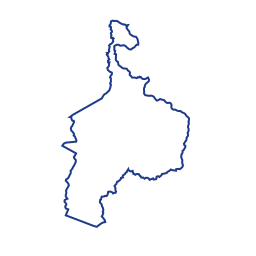 Itaberaí, Goiás, Brazil (Mercator projection), rotated 191°
{"feature_id": "56859067B7419622155547", "entity_name": "Itaberaí", "entity_type": "district", "adm_level": 2, "iso_a3": "BRA", "parent_name": "Brazil", "parent_adm1": "Goiás", "projection": "mercator", "projection_center": [-49.83, -16.116], "detail": "fine", "context": "isolated", "style": "outline", "palette": "blue", "viewbox_px": 256, "rotation_deg": 191, "n_neighbors": 0, "source": "geoboundaries", "source_scale": "gbopen_adm2", "svg_char_len": 4930}
<svg xmlns="http://www.w3.org/2000/svg" viewBox="0 0 256 256"><g transform="rotate(191 128 128)"><path d="M118.3,175.5L117.3,176.9L116.5,177.9L116.7,179.6L118.0,181.4L119.8,179.8L121.0,179.2L122.9,179.0L124.2,179.5L125.0,180.4L126.3,180.6L126.9,179.6L128.0,179.8L129.0,178.6L130.6,178.8L133.6,178.3L135.1,179.7L136.0,180.0L136.6,180.8L136.5,182.5L137.3,183.6L139.2,184.5L140.5,185.9L142.5,185.8L144.4,185.6L149.4,188.1L149.9,189.5L150.5,191.0L151.7,191.4L153.0,192.6L153.5,196.0L153.8,198.1L155.2,198.1L155.4,199.8L155.3,201.3L156.3,201.8L156.7,204.1L157.1,205.7L156.0,206.8L154.6,207.7L153.0,207.9L151.4,207.3L149.4,207.9L147.7,208.5L145.9,207.9L144.2,206.7L141.8,205.5L139.9,205.7L138.6,207.3L137.2,208.4L135.4,211.4L133.9,211.7L134.0,213.2L135.5,216.9L137.4,219.0L140.2,219.0L143.6,220.3L144.4,221.1L145.2,223.0L147.1,224.5L148.4,225.8L148.6,226.8L148.1,227.9L147.7,229.0L149.7,228.3L150.9,229.0L152.5,228.7L154.7,229.2L156.7,229.9L158.6,230.8L160.2,230.9L162.2,230.3L163.5,230.5L165.1,229.4L164.9,228.1L165.0,226.6L165.8,224.9L165.4,224.0L164.2,224.1L163.6,222.9L163.8,221.4L162.4,220.4L162.1,219.2L162.8,218.2L162.7,217.1L161.9,215.8L162.1,214.4L161.7,213.2L160.1,213.6L159.2,213.2L159.8,211.8L159.0,210.3L159.5,209.0L160.2,207.9L160.9,207.1L161.8,206.5L162.3,205.2L161.5,204.4L161.6,201.5L161.6,200.6L161.0,199.7L161.8,198.1L162.9,197.6L162.0,197.0L162.8,196.0L162.1,195.2L161.1,194.5L160.4,192.8L159.4,191.8L160.5,190.3L160.1,188.7L158.7,188.9L158.9,187.2L158.5,186.1L158.7,185.0L159.8,182.9L159.1,181.7L158.6,181.0L157.4,180.3L156.7,179.8L155.6,179.6L154.4,179.3L154.1,177.5L155.0,175.8L155.3,174.2L154.3,173.6L154.0,171.9L153.6,170.1L154.1,168.3L153.0,167.3L153.1,165.8L153.1,164.3L153.5,161.4L154.7,159.8L155.7,158.2L157.8,156.3L158.7,154.2L159.4,152.0L169.7,143.2L184.2,130.8L185.1,129.9L187.0,127.8L185.7,128.0L185.5,126.7L184.9,125.7L184.3,124.8L183.5,124.5L182.6,124.7L182.1,123.5L183.2,119.2L183.8,118.4L184.0,116.7L183.7,115.7L183.1,114.6L182.1,114.0L181.0,113.1L179.8,111.8L179.9,110.2L178.6,109.7L177.7,108.1L177.0,107.3L176.3,106.0L176.3,104.7L186.4,101.7L188.1,100.3L189.1,98.0L174.1,93.2L174.8,90.8L175.6,89.2L174.9,87.9L173.3,86.8L172.9,85.7L172.9,84.1L173.5,82.0L174.0,80.3L174.4,79.4L175.0,77.2L176.2,74.9L175.7,73.8L175.7,72.2L176.3,70.6L176.7,68.8L177.5,66.9L179.0,65.6L179.0,64.4L177.2,63.1L176.1,62.1L175.1,60.4L175.9,58.0L176.6,56.0L176.8,54.5L176.1,52.4L176.3,50.7L176.1,49.1L175.1,48.1L174.0,47.0L175.6,45.9L176.4,45.1L176.3,43.6L175.4,42.9L174.0,41.5L174.0,40.5L174.6,39.5L174.6,38.6L173.7,37.2L171.1,36.7L172.4,30.4L157.3,27.8L147.0,26.0L144.7,25.6L142.0,25.2L139.7,25.1L138.4,26.7L136.8,28.4L135.2,30.0L133.9,30.7L132.4,31.3L133.1,32.8L133.9,33.8L134.8,34.5L135.6,35.3L136.9,36.2L136.3,37.9L136.0,39.9L136.8,40.8L136.5,42.6L137.4,44.8L138.7,46.4L139.3,48.0L140.6,48.9L141.5,50.0L141.5,51.0L141.6,52.2L140.8,52.7L140.9,53.6L140.7,55.6L139.6,55.9L138.6,56.1L137.6,57.0L136.3,57.0L135.6,57.7L135.2,60.2L135.3,61.6L134.2,62.0L133.2,62.2L132.3,62.1L131.1,61.8L130.2,60.9L129.2,61.8L127.9,62.0L127.6,63.3L128.3,64.3L128.8,65.7L128.9,66.8L129.5,67.5L130.2,68.5L129.5,69.7L128.7,71.0L128.6,72.2L128.4,73.3L127.2,73.8L126.7,74.7L125.9,75.5L125.4,76.4L125.4,77.7L123.5,78.5L124.0,79.4L123.9,80.5L122.8,81.6L122.1,82.4L121.9,83.4L120.8,84.5L120.6,86.0L119.9,87.5L119.6,86.5L118.6,86.5L117.9,86.0L116.7,85.9L115.3,86.8L114.8,85.7L114.3,85.0L114.0,84.0L113.0,84.0L111.9,83.5L110.9,84.4L109.5,84.7L108.3,84.7L107.6,83.5L106.2,83.0L105.6,81.9L104.5,82.0L103.7,82.3L102.1,81.4L100.8,82.6L99.1,82.8L97.8,82.2L96.9,81.2L96.0,81.9L94.8,82.7L93.7,83.3L93.1,82.3L91.8,82.8L90.8,83.0L90.4,84.0L90.7,85.4L90.1,86.1L88.7,86.4L87.9,85.9L87.0,86.9L86.1,88.0L86.0,89.2L84.6,89.9L83.4,90.2L82.2,90.9L81.4,91.3L81.1,92.2L80.2,93.0L79.0,94.0L78.1,95.4L76.9,95.2L75.5,95.1L72.7,95.3L72.9,96.7L72.0,97.1L70.7,97.5L69.2,97.5L68.4,98.4L67.3,99.9L66.9,101.2L67.2,102.5L67.9,103.5L68.4,105.0L68.5,106.8L69.1,107.7L70.3,109.7L70.3,110.7L70.5,112.2L69.9,113.5L69.8,114.7L70.1,116.0L69.1,117.1L68.8,117.9L68.5,119.2L68.1,120.2L68.3,121.5L69.6,122.1L70.1,123.3L69.6,124.3L69.3,125.6L68.5,126.7L68.4,128.0L68.6,129.0L68.5,130.1L68.0,130.9L67.7,131.8L67.8,133.0L68.5,134.4L68.0,136.8L68.3,138.7L69.2,140.0L69.4,141.1L69.3,142.3L69.1,143.5L69.2,144.7L69.9,145.8L69.6,147.5L70.0,149.1L71.2,150.2L72.6,150.7L73.8,151.9L74.6,152.7L75.6,153.2L76.6,153.5L77.5,153.6L78.5,153.8L79.4,154.6L80.4,154.6L81.9,154.2L83.6,154.6L85.4,155.1L86.6,154.7L87.8,154.9L88.5,155.4L89.3,156.2L89.6,158.0L89.7,159.1L90.4,160.0L91.3,160.6L92.5,160.7L93.6,160.1L94.5,160.1L95.6,160.5L96.7,161.1L97.4,162.0L98.4,162.3L100.3,162.3L102.1,162.6L103.4,161.3L104.8,160.4L106.0,161.1L107.0,161.9L108.3,163.3L109.3,163.9L110.5,164.1L111.6,164.2L112.5,163.9L113.5,163.5L115.1,163.6L117.3,163.5L118.1,164.1L118.9,165.2L119.1,167.1L119.6,168.5L119.8,169.6L119.8,170.6L119.3,171.7L119.6,172.7L119.0,174.8L118.3,175.5Z" fill="none" stroke="#1e3a8a" stroke-width="2"/></g></svg>